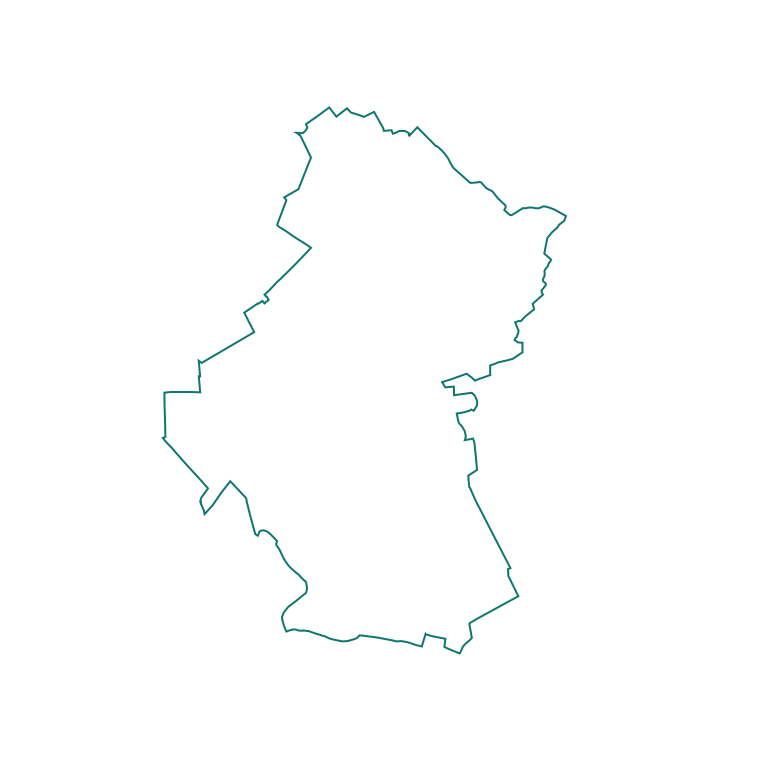 the district of Tarcea, Bihor, Romania, rotated 341°
{"feature_id": "2599482B43018225776190", "entity_name": "Tarcea", "entity_type": "district", "adm_level": 2, "iso_a3": "ROU", "parent_name": "Romania", "parent_adm1": "Bihor", "projection": "orthographic", "projection_center": [22.196, 47.457], "detail": "fine", "context": "isolated", "style": "outline", "palette": "teal", "viewbox_px": 768, "rotation_deg": 341, "n_neighbors": 0, "source": "geoboundaries", "source_scale": "gbopen_adm2", "svg_char_len": 5062}
<svg xmlns="http://www.w3.org/2000/svg" viewBox="0 0 768 768"><g transform="rotate(341 384 384)"><path d="M441.9,628.4L441.3,623.7L440.5,617.2L439.1,605.9L441.0,599.4L443.6,599.2L436.6,551.3L434.7,537.9L432.7,524.6L431.5,510.3L431.1,509.5L431.2,508.5L432.6,502.7L433.4,500.0L433.5,499.4L433.9,498.0L441.5,496.2L444.0,495.5L447.5,481.2L450.4,468.7L450.4,464.6L442.1,463.4L444.3,460.3L445.0,454.9L443.9,449.4L442.2,445.7L442.1,443.3L443.2,435.6L449.4,436.7L455.9,437.1L458.2,436.6L460.1,438.5L464.4,435.1L465.7,433.0L466.1,431.8L466.5,429.1L466.1,424.8L464.2,420.9L452.1,418.5L446.6,417.4L449.2,409.2L440.8,407.1L439.6,401.1L449.2,401.4L465.5,401.2L468.8,406.1L471.2,410.5L472.5,410.3L475.7,410.2L482.5,410.2L487.4,410.1L487.9,408.2L490.5,400.9L494.5,401.1L498.7,400.7L500.7,400.9L505.1,401.4L508.5,401.8L514.2,402.1L523.5,399.6L525.1,399.3L528.4,390.1L524.4,388.4L521.8,385.0L522.9,383.5L524.7,382.8L527.7,379.2L528.6,377.3L528.1,368.4L531.7,368.3L533.8,369.1L539.6,366.1L550.3,362.2L550.5,359.4L550.7,356.6L563.4,351.3L562.9,349.0L563.5,346.8L568.7,343.6L569.5,342.6L569.5,341.4L568.0,338.7L568.2,337.0L571.0,334.0L571.7,332.5L572.5,329.4L574.5,327.5L577.0,326.2L579.1,323.5L581.7,321.9L582.4,320.5L578.0,312.9L580.1,309.2L583.1,304.1L586.1,299.0L592.2,295.3L598.7,292.5L601.7,290.3L607.4,288.5L610.7,284.4L604.0,276.8L602.2,274.8L598.3,271.5L596.6,270.3L594.9,269.1L594.3,268.8L593.3,268.3L592.6,267.9L590.5,268.1L589.1,268.2L586.9,268.1L584.1,266.9L581.8,265.5L581.4,265.3L580.2,264.9L578.1,264.3L576.5,264.1L574.5,263.8L573.7,263.6L573.3,263.3L572.8,262.9L569.3,263.7L564.4,264.9L561.9,265.4L559.5,265.9L558.0,265.0L556.5,262.5L554.4,258.8L555.0,258.0L556.4,256.7L557.0,255.4L556.6,253.9L556.0,252.7L555.3,251.6L553.4,247.9L552.0,245.1L550.0,239.4L549.3,237.5L548.7,236.4L546.7,234.6L545.2,233.0L544.0,231.2L542.9,228.4L541.8,225.8L541.3,224.8L540.2,224.0L538.4,223.9L535.6,223.2L532.2,222.3L530.9,221.7L529.7,219.6L525.4,211.9L523.1,207.8L520.8,203.8L519.9,202.0L519.3,199.8L518.8,196.8L518.2,192.2L517.6,189.9L516.4,186.2L514.9,182.5L513.7,180.2L512.3,177.6L510.8,175.9L510.5,175.9L499.1,152.1L488.8,157.5L488.5,157.1L488.7,156.1L489.4,155.3L488.0,153.5L485.9,151.4L481.0,149.8L476.5,150.3L473.8,150.2L473.8,146.5L468.7,145.3L466.1,144.4L466.6,142.1L464.9,132.8L463.2,123.5L451.9,124.9L447.8,121.4L446.3,120.4L442.0,117.1L441.0,116.4L438.8,111.3L426.0,115.7L424.8,112.0L422.3,104.7L407.9,109.2L398.0,112.0L394.8,112.9L394.8,113.0L395.0,116.6L393.0,118.5L389.5,120.2L386.7,119.7L385.4,119.0L384.1,118.4L383.0,118.0L384.0,119.2L384.4,119.8L385.8,122.2L387.3,134.1L388.7,146.1L376.6,160.2L366.5,172.0L350.5,175.0L351.5,178.4L351.4,178.6L334.8,198.7L335.4,200.2L336.2,201.6L339.3,205.3L341.7,208.3L343.0,210.1L345.8,214.1L347.9,216.7L350.1,219.6L356.6,227.6L359.3,231.5L350.3,236.2L341.0,241.0L326.0,248.3L324.7,248.9L320.4,250.9L316.7,252.5L309.2,256.4L303.7,259.1L301.8,260.0L301.2,260.2L300.8,260.3L300.1,260.6L301.1,263.0L301.7,263.3L301.9,265.5L302.3,266.9L297.2,268.9L296.1,265.9L291.0,267.2L290.8,266.8L275.1,271.0L275.2,271.6L278.1,292.7L218.4,304.7L216.4,301.7L212.6,316.9L211.4,316.4L207.5,332.0L199.3,328.9L192.8,326.6L191.9,326.3L189.9,325.6L185.7,324.2L180.1,322.2L178.3,321.8L173.6,320.7L170.4,330.1L167.5,339.4L164.6,348.8L160.1,362.8L157.3,363.0L158.7,367.1L162.7,375.7L164.2,379.5L168.1,389.1L172.2,398.7L175.4,406.1L176.5,408.6L177.0,409.7L177.2,410.1L179.0,414.3L183.2,424.3L183.6,425.4L174.1,432.1L171.9,435.4L172.5,435.8L172.2,436.8L171.8,437.8L172.0,438.6L172.3,442.6L172.5,445.2L172.2,446.9L172.0,448.6L180.0,444.2L182.2,443.1L186.2,440.1L195.1,433.6L207.0,425.9L213.8,441.1L216.5,447.0L215.8,451.4L215.7,452.9L215.3,457.8L215.2,458.8L215.1,459.6L214.7,464.2L213.4,484.0L215.3,486.4L217.1,484.4L218.1,483.1L219.1,482.6L220.8,482.7L222.7,483.3L224.4,484.5L225.8,485.9L227.2,488.0L228.5,490.6L230.4,494.7L231.7,497.6L230.0,500.2L229.8,501.5L231.2,506.0L232.0,513.7L232.2,515.5L233.2,520.0L234.7,524.9L236.0,527.7L239.3,533.5L241.2,536.3L242.7,540.0L245.4,545.2L245.8,546.1L245.0,551.0L244.3,553.1L242.7,555.5L241.7,556.3L238.6,557.4L228.6,561.1L221.2,563.4L216.0,566.6L214.5,567.9L213.0,569.6L211.8,570.8L211.1,573.3L210.7,580.1L210.9,583.1L211.1,586.3L213.9,586.2L216.7,586.3L217.9,586.5L220.0,587.1L221.8,588.3L223.2,589.4L224.6,590.0L226.7,590.8L227.8,590.8L230.9,592.6L232.2,593.0L236.2,596.2L239.3,598.5L241.9,600.4L243.5,601.7L245.8,603.2L246.9,604.2L248.6,606.0L251.4,608.2L259.4,613.0L261.3,614.0L264.9,614.9L267.2,615.3L269.4,615.4L272.9,615.6L275.4,615.4L277.2,614.7L278.4,614.1L278.8,613.7L281.9,614.9L284.1,616.1L294.5,621.2L304.4,626.8L310.1,630.1L310.9,630.9L311.9,631.3L313.0,631.7L313.8,632.0L315.5,632.3L316.8,632.8L318.1,633.5L319.1,634.1L320.8,635.0L323.6,636.8L328.2,640.5L334.3,644.5L342.0,633.8L342.2,634.3L343.3,635.2L348.0,638.5L359.1,644.9L355.5,652.2L357.6,654.4L359.4,656.0L367.6,663.3L368.1,663.3L372.6,658.6L373.3,657.9L375.2,656.8L378.5,655.3L379.1,655.1L381.3,654.3L384.4,652.7L385.5,645.5L386.6,638.6L387.7,637.9L396.2,636.2L424.1,631.4L441.9,628.4Z" fill="none" stroke="#0f766e" stroke-width="2"/></g></svg>